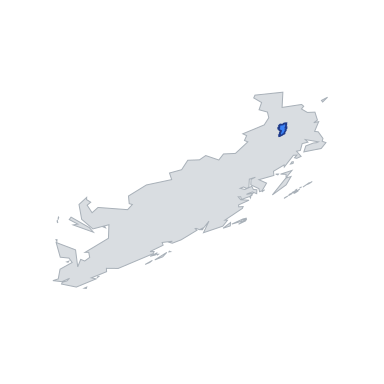 Russia, with Nizhegorod highlighted, rotated 150°
{"feature_id": "RUS-2357", "entity_name": "Nizhegorod", "entity_type": "Region", "adm_level": 1, "iso_a3": "RUS", "parent_name": "Russia", "parent_adm1": "", "projection": "robinson", "projection_center": [44.77, 56.28], "detail": "fine", "context": "in_parent", "style": "filled", "palette": "blue", "viewbox_px": 384, "rotation_deg": 150, "n_neighbors": 0, "source": "natural_earth", "source_scale": "10m", "svg_char_len": 6276}
<svg xmlns="http://www.w3.org/2000/svg" viewBox="0 0 384 384"><g transform="rotate(150 192 192)"><path d="M296.1,237.7L285.9,240.0L287.1,238.1L284.8,233.8L289.4,233.0L288.9,224.0L281.1,225.6L256.6,208.9L249.9,211.0L252.2,213.3L249.0,220.3L228.0,220.9L203.4,212.9L202.0,219.7L189.8,216.5L179.8,221.6L169.4,216.1L161.9,216.7L152.8,206.3L145.7,209.2L135.1,203.7L118.6,207.5L120.8,210.4L116.5,213.5L118.9,217.0L95.9,214.0L88.4,217.9L86.7,223.5L92.8,229.7L87.0,234.7L91.5,242.6L89.0,244.4L63.4,233.0L71.7,220.2L53.3,213.0L52.4,210.4L55.7,209.2L52.3,203.2L45.6,199.7L47.4,191.6L51.9,191.1L47.1,189.6L55.5,183.2L52.6,181.0L51.8,172.9L53.9,170.9L51.3,167.8L58.3,165.1L75.1,170.8L70.4,175.0L62.3,173.7L59.4,172.4L57.4,172.2L67.7,180.8L66.7,177.2L72.4,178.8L77.4,173.8L81.1,175.1L79.7,168.3L84.5,168.8L86.1,170.4L82.7,171.5L85.8,173.1L99.6,167.5L98.7,169.4L111.1,169.2L112.8,165.4L127.9,169.2L123.0,162.4L130.8,158.0L133.3,158.5L132.4,161.5L137.5,168.8L134.6,173.4L129.7,173.1L135.9,174.5L140.2,167.9L142.7,167.6L144.9,170.6L148.4,171.1L145.0,167.8L137.4,167.0L137.6,163.6L134.7,161.5L136.8,158.2L139.7,161.9L144.7,162.7L146.0,162.7L139.8,160.4L143.9,159.2L152.9,160.8L152.2,163.5L154.4,164.7L153.7,160.9L146.7,156.4L158.1,157.5L159.0,155.8L155.0,153.8L156.6,152.6L177.7,151.2L175.4,149.8L182.4,147.0L202.4,151.0L191.9,158.3L199.3,155.3L204.4,155.6L206.3,158.2L207.0,158.6L207.6,158.7L206.8,156.4L225.3,156.0L234.7,157.5L237.1,160.0L233.6,159.2L243.1,163.2L243.6,160.4L258.1,161.4L254.6,159.4L256.4,158.0L294.1,162.7L304.3,168.7L305.8,165.7L322.1,168.0L318.5,164.7L339.7,167.5L351.0,177.5L349.4,178.7L344.8,177.5L341.2,178.5L349.5,179.4L356.8,184.8L351.3,183.6L344.9,191.1L331.0,190.9L331.6,196.3L338.7,201.4L334.9,216.2L321.8,200.1L328.4,184.3L322.1,189.3L319.4,185.9L313.3,186.5L311.6,191.4L314.8,193.2L287.5,193.7L280.3,205.2L296.3,209.6L301.2,223.5L296.1,237.7ZM123.9,149.3L103.8,157.1L98.5,155.9L106.9,151.1L123.9,149.3ZM297.5,206.5L311.4,222.9L306.9,221.3L312.1,229.5L309.3,230.7L298.7,212.5L297.5,206.5ZM94.7,160.7L103.4,157.3L101.7,160.3L106.4,163.2L94.7,160.7ZM244.0,152.3L249.8,150.5L258.2,151.8L244.0,152.3ZM163.9,141.9L173.6,144.3L161.6,143.2L163.9,141.9ZM160.1,140.2L167.8,140.8L158.0,141.4L160.1,140.2ZM175.8,143.5L183.2,145.1L173.9,146.3L175.8,143.5ZM260.5,152.6L263.9,152.1L268.8,152.7L260.5,152.6ZM27.2,206.3L33.9,204.6L34.1,206.6L27.2,206.3ZM89.4,141.1L93.5,140.8L85.4,141.5L89.4,141.1ZM254.7,155.7L260.4,157.2L253.2,156.8L254.7,155.7ZM92.8,167.0L90.3,168.2L89.1,167.4L90.3,166.2L92.8,167.0ZM97.3,140.6L101.1,140.3L103.1,140.7L97.3,140.6ZM110.3,140.6L108.7,141.3L105.8,141.0L106.4,140.6L110.3,140.6ZM114.2,140.7L110.9,140.6L115.5,140.4L114.2,140.7ZM109.1,163.9L110.6,165.7L108.1,164.3L109.1,163.9ZM162.2,142.3L159.8,142.7L157.7,142.1L162.2,142.3ZM99.4,139.8L104.3,139.6L102.6,140.1L99.4,139.8ZM333.5,162.6L330.7,162.3L331.8,161.3L333.5,162.6ZM85.7,140.7L88.7,140.9L82.6,141.0L85.7,140.7ZM130.9,157.4L127.9,157.6L130.9,157.2L130.9,157.4ZM201.7,154.1L203.7,155.2L201.0,154.5L201.7,154.1ZM317.2,165.3L315.7,165.8L314.2,165.4L317.2,165.3ZM104.4,141.5L102.2,141.2L105.8,141.5L104.4,141.5ZM103.6,140.1L105.1,140.6L102.3,140.3L103.6,140.1ZM323.7,232.3L323.7,233.5L322.7,235.1L323.7,232.3ZM100.6,141.5L102.2,141.9L100.2,141.9L100.6,141.5ZM143.6,159.0L141.5,159.5L141.0,159.4L143.6,159.0ZM335.4,194.1L333.3,193.7L334.5,193.1L335.4,194.1ZM253.5,154.8L253.3,155.6L252.2,154.9L253.5,154.8ZM284.8,204.2L286.0,205.7L284.8,205.4L284.8,204.2ZM333.8,216.7L333.6,218.8L332.7,218.2L333.8,216.7ZM97.1,141.6L95.2,141.7L94.5,141.6L97.1,141.6ZM144.5,157.6L144.3,158.4L143.8,158.1L144.5,157.6ZM241.9,151.7L241.2,152.1L240.5,151.1L241.9,151.7ZM320.1,236.7L321.9,235.0L320.2,237.1L320.1,236.7Z" fill="#d9dde1" stroke="#a8b0b8" stroke-width="1"/><path d="M84.5,204.9L84.4,204.8L84.4,204.7L84.6,204.7L84.6,204.4L84.4,204.3L84.2,204.3L84.2,204.5L83.9,204.5L83.9,204.8L83.8,205.0L83.7,205.1L83.4,205.2L83.4,205.3L83.4,205.5L83.3,205.4L83.2,205.3L83.0,205.5L83.1,205.8L82.9,206.0L83.0,206.0L82.9,206.2L82.7,206.3L82.6,206.2L82.4,206.1L82.0,206.3L82.0,206.2L82.1,205.9L82.0,206.0L81.9,206.1L81.7,206.1L81.5,205.9L81.2,205.9L80.9,205.8L80.9,205.7L81.0,205.6L80.9,205.5L80.7,205.5L80.6,205.3L80.4,205.3L80.2,205.3L80.0,205.2L79.9,205.1L79.5,205.0L79.4,204.9L79.1,205.0L78.9,205.1L78.8,205.3L78.7,205.4L78.1,205.3L77.9,205.4L77.7,205.4L77.5,205.2L77.4,205.1L77.3,204.9L77.3,204.7L77.2,204.8L76.9,204.8L76.7,204.9L76.3,204.8L76.3,204.7L76.1,204.6L75.9,204.5L75.9,204.4L76.1,204.3L76.1,204.2L76.3,204.0L76.3,203.9L76.2,203.9L76.3,203.8L76.4,203.7L76.5,203.7L76.5,203.4L76.5,203.2L76.6,202.9L76.8,202.8L77.0,202.7L77.3,202.5L77.4,202.4L77.6,202.1L77.8,202.1L77.9,201.9L77.9,201.7L78.1,201.6L78.4,201.6L78.5,201.5L78.4,201.5L78.2,201.5L78.1,201.4L78.1,201.2L77.9,201.0L77.7,200.9L77.8,200.8L77.8,200.7L78.2,200.7L78.3,200.7L78.2,200.6L78.4,200.4L78.4,200.2L78.2,200.3L78.2,200.2L78.2,199.9L78.3,199.8L78.5,199.7L78.8,199.7L79.0,199.6L79.3,199.6L79.7,199.5L79.7,199.4L79.8,199.4L80.0,199.2L79.9,199.0L79.7,198.9L79.7,198.7L79.8,198.6L80.1,198.5L80.1,198.4L80.3,198.4L80.5,198.2L80.1,198.1L80.4,198.1L80.7,198.0L80.9,198.0L81.0,197.9L81.4,197.8L81.6,197.7L81.8,197.6L82.0,197.3L82.3,197.3L82.4,197.2L82.5,197.1L82.6,196.8L82.5,196.7L82.4,196.6L82.5,196.5L82.6,196.3L82.8,196.3L83.3,196.3L83.5,196.4L83.9,196.4L83.9,196.5L84.0,196.6L84.4,196.6L84.4,196.4L84.6,196.4L84.8,196.4L85.0,196.3L85.7,196.3L85.8,196.3L86.0,196.4L86.3,196.4L87.9,196.4L88.0,196.4L88.1,196.5L88.5,196.6L88.8,196.7L88.8,196.8L88.7,196.9L88.4,197.0L88.3,197.3L88.3,197.6L88.2,197.6L88.2,197.8L87.9,197.7L87.7,197.7L87.2,197.9L86.9,197.8L86.7,197.8L86.7,198.0L86.5,198.3L86.7,198.5L86.8,198.6L86.6,198.7L86.6,198.8L86.7,199.0L86.6,199.3L86.3,199.5L86.3,199.4L86.2,199.5L86.1,199.4L85.8,199.4L85.7,199.4L85.7,199.5L85.2,199.6L84.9,199.7L84.9,199.8L84.9,200.0L84.7,200.3L84.4,200.3L84.3,200.5L84.2,200.6L84.3,200.7L84.6,200.7L84.6,200.8L84.8,200.8L84.9,201.0L84.8,201.3L85.0,201.5L85.3,201.8L85.5,201.9L85.5,202.0L85.4,202.1L85.3,202.3L85.3,202.5L85.1,202.6L85.0,202.8L84.9,202.9L85.0,203.0L85.3,203.2L85.3,203.3L85.5,203.3L85.8,203.4L85.8,203.5L85.7,203.7L85.6,203.8L85.6,204.0L85.3,204.2L85.2,204.4L85.2,204.5L85.3,204.6L85.2,204.7L85.0,204.8L84.9,204.8L84.7,204.8L84.5,204.9Z" fill="#3b82f6" stroke="#1e3a8a" stroke-width="1.5"/></g></svg>